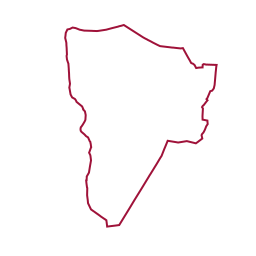 Zabid, Al Hudaydah, Yemen, rotated 280°
{"feature_id": "15242507B385493666548", "entity_name": "Zabid", "entity_type": "district", "adm_level": 2, "iso_a3": "YEM", "parent_name": "Yemen", "parent_adm1": "Al Hudaydah", "projection": "equal_earth", "projection_center": [43.361, 14.273], "detail": "fine", "context": "isolated", "style": "outline", "palette": "rose", "viewbox_px": 256, "rotation_deg": 280, "n_neighbors": 0, "source": "geoboundaries", "source_scale": "gbopen_adm2", "svg_char_len": 2689}
<svg xmlns="http://www.w3.org/2000/svg" viewBox="0 0 256 256"><g transform="rotate(280 128 128)"><path d="M27.3,124.6L29.9,133.1L30.9,136.2L49.4,143.5L58.5,147.0L70.5,151.8L81.0,155.9L83.3,156.8L85.2,157.5L85.8,157.8L97.6,162.5L104.2,165.0L106.3,165.9L113.7,167.4L115.8,167.9L122.3,169.3L122.4,177.1L122.4,179.9L125.3,188.2L124.7,197.5L124.8,197.6L126.4,199.2L127.2,199.9L128.9,201.5L129.8,202.3L130.5,203.0L133.7,201.7L134.9,202.0L136.7,203.1L139.2,203.9L141.0,204.3L143.2,204.7L145.7,205.8L147.5,205.3L149.1,204.9L149.2,200.0L152.6,199.3L157.6,198.7L160.2,198.4L161.4,197.3L162.6,197.7L163.9,198.7L164.1,198.8L166.8,200.2L168.1,200.9L169.1,201.5L170.1,200.3L171.1,200.9L174.9,201.8L178.5,202.6L179.4,204.4L181.8,205.6L185.2,205.8L185.5,205.8L189.0,205.5L191.3,205.3L196.9,204.8L197.8,204.7L199.5,204.6L203.5,204.3L205.5,204.3L204.2,195.1L204.0,193.8L204.1,192.5L204.0,191.3L203.2,190.6L200.6,190.9L200.5,190.3L200.2,189.1L199.7,187.0L199.5,186.5L198.9,184.7L201.6,182.6L202.6,180.8L202.9,179.1L203.0,178.9L204.9,177.4L205.9,176.6L206.6,176.0L206.8,175.8L209.6,173.5L216.2,168.2L215.5,166.0L215.2,161.6L215.0,158.3L214.9,157.8L214.8,156.4L214.8,156.0L214.2,145.4L214.4,144.5L214.7,143.6L214.8,143.1L216.5,137.5L217.0,136.1L217.6,134.2L218.3,131.8L218.5,131.5L219.0,129.7L219.9,127.1L228.7,106.0L227.5,103.6L226.8,101.9L226.5,101.3L226.2,100.8L225.3,98.8L223.7,95.2L221.0,89.4L218.4,81.7L218.3,81.3L218.2,81.0L218.1,80.7L217.5,76.4L217.5,76.2L216.4,68.5L216.3,68.1L216.4,64.8L216.4,64.1L216.4,63.8L216.4,63.4L217.1,60.1L217.3,58.9L217.3,58.2L217.3,57.5L217.3,57.4L217.3,56.0L215.5,53.6L215.4,53.4L214.5,51.2L210.9,50.2L208.1,50.4L205.8,50.5L201.7,52.3L200.7,52.6L198.7,53.0L198.4,53.1L196.1,53.7L194.2,54.1L192.5,54.5L189.8,55.1L188.3,55.0L184.9,56.0L181.9,57.6L181.1,58.1L175.6,59.5L175.3,59.5L175.1,59.6L172.9,60.1L172.7,60.2L170.9,60.6L168.5,61.1L166.0,61.7L163.3,62.6L161.5,63.2L159.7,63.2L157.4,63.2L157.2,63.4L155.8,63.9L151.1,65.6L149.9,66.5L148.4,67.7L147.4,70.6L146.4,71.7L145.4,72.4L144.8,72.8L141.3,79.0L141.2,79.1L139.7,80.1L138.5,80.9L138.3,80.8L136.9,82.7L133.4,84.1L128.9,84.6L128.0,84.5L126.4,84.0L123.5,82.9L121.3,81.9L120.5,81.4L118.7,81.4L117.1,81.9L116.2,82.7L114.1,86.3L112.7,88.1L111.8,90.3L108.2,92.7L107.8,93.3L106.6,93.7L106.1,93.9L106.0,94.0L103.1,94.9L102.8,95.1L101.6,94.8L98.0,94.2L96.9,94.0L96.5,94.3L94.7,95.6L94.1,95.8L93.9,95.9L90.0,97.1L89.7,97.2L86.5,97.2L86.3,97.2L83.7,97.2L77.3,97.3L75.0,96.5L74.5,96.3L73.1,95.8L72.6,95.9L69.3,96.3L69.1,95.9L66.3,96.7L64.7,97.2L62.2,98.0L61.9,98.3L54.7,99.4L49.9,100.9L47.0,101.7L41.4,105.7L41.3,105.9L36.8,115.4L36.1,116.7L33.4,122.7L30.9,123.5L27.3,124.6Z" fill="none" stroke="#9f1239" stroke-width="2"/></g></svg>